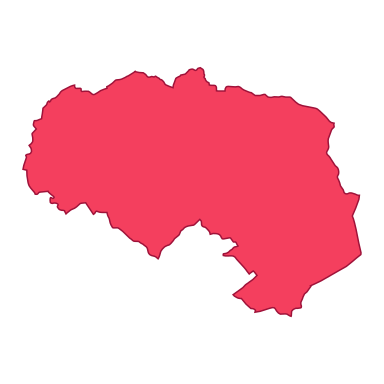 outline of Da Lat, Lâm Đồng, Vietnam
{"feature_id": "81297802B86448730167777", "entity_name": "Da Lat", "entity_type": "district", "adm_level": 2, "iso_a3": "VNM", "parent_name": "Vietnam", "parent_adm1": "Lâm Đồng", "projection": "albers", "projection_center": [108.448, 11.908], "detail": "fine", "context": "isolated", "style": "filled", "palette": "rose", "viewbox_px": 384, "rotation_deg": 0, "n_neighbors": 0, "source": "geoboundaries", "source_scale": "gbopen_adm2", "svg_char_len": 5828}
<svg xmlns="http://www.w3.org/2000/svg" viewBox="0 0 384 384"><path d="M334.1,123.2L331.2,122.5L329.4,121.2L326.2,117.2L319.7,111.0L317.3,109.0L315.9,108.4L313.7,107.9L302.5,105.7L298.6,104.3L295.8,102.2L290.7,97.4L289.9,97.1L285.8,97.1L281.9,96.3L280.6,96.5L279.1,97.0L274.2,96.8L271.2,97.4L269.3,97.3L268.5,97.1L267.8,96.9L265.0,94.4L263.9,94.4L260.0,95.5L255.1,95.5L251.9,93.1L251.1,92.6L250.1,92.5L248.4,91.9L244.1,90.1L242.4,89.1L240.4,87.4L239.0,86.7L238.2,86.5L235.3,86.9L228.2,86.4L226.9,86.6L226.2,87.0L225.6,88.0L225.2,88.9L225.0,91.0L218.0,91.0L216.5,90.8L216.4,87.3L216.0,86.4L215.4,85.7L214.6,85.4L210.9,85.3L209.3,85.0L209.0,83.0L208.8,82.7L207.1,81.9L206.0,80.7L205.5,79.8L205.1,78.5L204.4,78.0L204.0,77.3L204.0,76.9L204.4,76.1L204.5,74.9L204.0,74.0L203.7,71.1L203.1,69.7L202.6,69.2L201.6,68.6L200.3,67.7L198.1,68.3L197.6,68.7L196.7,69.9L195.7,70.4L194.9,70.3L193.6,69.5L192.5,69.1L191.2,69.2L189.2,69.8L188.7,70.6L185.5,73.9L184.8,74.2L180.7,75.1L179.8,76.3L178.6,76.7L176.3,78.0L175.8,78.5L174.1,83.2L173.4,85.0L173.0,87.7L169.3,86.4L165.9,84.9L165.1,84.3L163.6,81.7L162.1,80.2L161.4,79.7L160.6,79.6L160.0,79.3L159.6,79.0L159.4,78.5L157.2,77.3L156.0,76.4L155.3,76.2L154.8,76.7L154.2,76.9L153.6,76.9L151.7,76.5L149.8,77.1L148.4,77.2L147.3,76.6L145.7,74.5L143.3,72.8L139.1,72.5L135.7,71.8L135.2,71.3L134.5,71.8L134.2,72.2L128.4,75.8L126.7,76.5L125.3,77.4L121.4,79.2L119.6,79.6L116.7,79.9L116.0,80.0L115.2,80.5L112.5,83.1L108.7,85.8L106.8,86.7L107.0,88.3L104.2,89.2L100.5,90.7L97.7,92.6L94.8,94.3L93.8,94.6L93.0,94.5L92.3,94.2L90.7,92.9L89.9,92.2L88.4,91.3L85.1,91.2L81.9,91.5L81.1,90.8L81.1,88.9L80.7,88.5L80.2,88.3L76.5,88.4L75.8,88.3L75.2,87.8L74.8,87.1L74.6,86.3L74.6,85.1L72.9,85.5L70.4,86.4L62.2,90.6L61.0,91.6L60.3,92.4L59.4,93.9L56.7,96.8L55.2,97.9L52.6,98.7L51.7,99.2L51.1,99.7L50.9,100.1L50.8,100.6L50.5,101.0L49.7,101.9L48.9,101.0L48.0,101.7L47.4,102.4L46.7,104.5L46.1,105.3L43.0,108.2L42.8,110.0L42.3,113.9L41.8,116.7L41.6,118.7L39.4,119.5L37.8,120.2L36.4,120.6L34.4,120.7L34.0,121.6L33.4,124.3L33.4,125.1L33.8,126.0L36.3,129.0L32.3,133.3L32.1,133.7L32.1,134.5L32.7,137.5L32.8,139.2L32.8,140.7L32.6,141.8L31.3,143.6L29.1,145.4L30.8,147.9L31.2,148.8L31.4,150.0L31.5,151.6L30.8,152.9L30.4,153.4L29.5,153.9L26.9,154.5L26.1,155.0L25.8,155.3L25.9,155.9L26.4,156.7L26.4,157.6L23.8,165.4L23.0,169.3L26.8,170.2L27.0,175.8L28.1,182.7L28.5,184.1L29.1,185.7L30.5,187.8L34.4,192.4L34.8,193.1L35.2,194.2L36.8,194.3L37.2,194.2L38.1,193.5L38.6,192.8L39.3,192.3L40.1,192.1L48.1,191.3L48.3,191.9L48.9,192.5L50.4,193.9L53.5,196.4L54.0,197.0L54.1,197.4L53.8,197.9L53.1,198.4L52.5,198.4L51.1,197.6L50.6,197.6L50.4,197.9L50.2,198.6L50.1,200.3L50.3,202.3L50.7,202.8L51.3,203.2L52.5,203.4L54.1,203.0L55.6,203.1L56.5,203.3L57.3,203.7L57.9,204.2L58.1,204.9L58.0,205.2L57.4,206.3L57.5,207.2L58.8,209.0L59.4,209.5L60.3,209.9L61.8,210.3L63.0,210.3L64.5,210.7L64.8,211.6L66.0,213.9L66.8,213.1L70.4,210.2L71.4,209.6L74.6,208.2L76.6,206.8L80.1,203.6L81.4,203.2L85.7,202.8L93.4,214.3L94.2,213.8L94.9,213.1L95.5,212.0L96.1,211.4L96.6,211.2L99.3,212.1L101.3,212.4L107.0,212.5L107.5,214.8L108.1,216.4L109.2,218.5L110.2,222.9L111.0,224.9L112.5,227.5L113.0,227.8L113.9,227.9L117.1,227.8L117.9,227.9L118.9,228.4L122.7,231.3L129.7,238.1L131.4,239.3L132.7,240.5L133.7,241.1L134.9,241.3L138.2,241.4L139.1,241.7L140.7,243.0L143.0,244.2L144.0,245.1L146.3,246.8L146.9,247.6L147.4,248.6L148.2,252.1L148.6,253.1L149.4,254.2L150.1,254.8L151.5,255.5L154.6,256.3L156.0,257.0L158.1,258.8L158.7,257.8L159.6,255.5L160.8,251.3L162.4,249.0L164.5,246.9L165.5,246.3L167.9,245.2L168.7,245.1L169.6,244.6L171.1,243.2L173.3,240.6L174.5,238.7L178.8,235.2L179.4,234.3L180.7,231.1L181.6,230.3L182.6,229.7L184.5,227.6L186.4,226.6L188.6,225.9L193.7,225.1L194.9,224.2L199.8,219.4L200.8,220.5L201.2,221.1L201.4,221.8L201.6,224.9L202.2,226.0L203.2,226.7L205.3,227.3L206.4,228.2L208.8,230.8L209.7,232.2L210.2,234.3L213.1,233.5L216.0,233.6L217.4,233.8L218.6,234.2L219.5,234.7L220.2,235.4L220.9,236.4L221.4,237.6L222.3,238.8L223.7,238.9L229.5,237.8L230.5,238.0L233.1,241.6L233.5,242.0L235.5,242.0L235.9,242.3L236.3,242.9L236.8,244.0L238.0,246.0L237.0,246.5L234.5,247.0L234.0,247.3L233.0,248.2L232.1,249.3L230.3,250.4L228.5,252.2L227.7,252.6L226.4,253.3L223.5,253.8L223.2,254.2L223.3,255.5L225.3,255.9L228.6,255.9L231.1,255.8L233.0,256.0L233.9,256.4L235.1,257.2L236.7,259.3L243.8,267.1L245.9,269.6L246.7,270.8L249.2,274.0L250.2,273.1L253.2,271.0L254.3,271.9L257.0,275.4L252.9,279.5L245.5,284.8L242.9,287.6L233.1,294.7L234.4,296.1L236.6,297.4L238.1,298.1L240.8,298.6L241.4,298.5L246.1,304.2L250.9,308.5L252.3,308.6L253.5,308.8L254.6,309.5L255.5,310.3L255.0,312.2L260.2,311.3L269.6,308.3L272.4,307.6L274.3,307.8L275.2,308.7L276.6,311.0L278.4,313.0L280.3,314.1L285.3,313.9L286.9,314.1L289.7,315.8L291.1,316.3L291.3,315.8L291.6,311.4L292.2,310.5L292.9,309.8L293.9,309.1L295.8,308.3L297.7,308.3L300.5,307.9L301.0,307.7L301.3,307.2L301.4,306.1L300.9,304.4L300.8,302.8L301.1,301.7L302.4,298.9L303.0,297.0L304.5,293.9L306.9,291.9L310.9,286.3L310.5,285.8L315.1,283.7L321.1,280.8L338.0,271.1L346.3,266.4L352.4,261.5L356.6,257.9L360.8,254.6L360.9,254.2L361.0,252.7L358.8,243.2L356.1,229.6L354.5,222.8L353.4,218.9L352.4,216.3L352.5,215.5L355.8,207.8L358.9,199.3L359.4,195.3L358.2,195.3L356.9,194.9L355.2,194.1L351.7,193.0L349.9,192.9L348.8,193.2L347.8,193.7L346.8,193.9L346.0,193.8L345.2,193.6L344.1,192.6L343.2,189.8L340.5,185.9L339.6,182.6L338.5,179.8L337.5,177.9L337.4,176.8L337.6,175.8L338.4,174.5L338.7,173.1L338.7,171.5L338.4,169.8L337.8,168.2L336.9,167.1L335.2,165.7L330.8,158.9L330.2,157.8L328.8,156.0L327.6,154.9L326.9,153.9L326.7,153.1L326.6,152.5L326.8,151.7L328.0,149.5L328.6,147.9L328.7,146.6L328.2,142.6L328.1,140.8L328.3,138.8L331.5,130.0L332.3,128.8L333.8,127.4L334.1,126.9L334.1,126.4L333.8,124.3L334.1,123.2Z" fill="#f43f5e" stroke="#9f1239" stroke-width="1.5"/></svg>